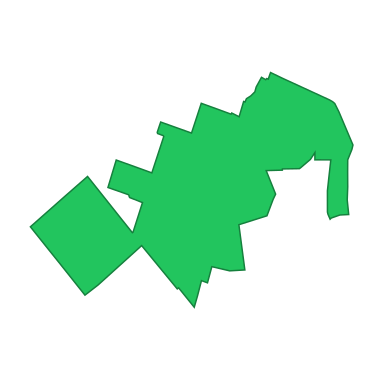 the district of Traian, Teleorman, Romania, rotated 267°
{"feature_id": "2599482B68031069657240", "entity_name": "Traian", "entity_type": "district", "adm_level": 2, "iso_a3": "ROU", "parent_name": "Romania", "parent_adm1": "Teleorman", "projection": "equal_earth", "projection_center": [24.993, 43.785], "detail": "fine", "context": "isolated", "style": "filled", "palette": "green", "viewbox_px": 384, "rotation_deg": 267, "n_neighbors": 0, "source": "geoboundaries", "source_scale": "gbopen_adm2", "svg_char_len": 1308}
<svg xmlns="http://www.w3.org/2000/svg" viewBox="0 0 384 384"><g transform="rotate(267 192 192)"><path d="M161.3,347.3L176.0,346.6L189.1,347.8L191.7,347.9L204.3,348.5L216.0,349.2L226.1,353.9L230.5,355.2L264.4,342.9L272.9,339.2L274.8,337.2L276.8,334.1L300.7,288.6L307.2,276.7L300.7,274.0L301.4,272.6L300.3,271.5L302.9,267.4L293.5,261.6L288.7,260.0L284.8,255.6L282.4,251.3L279.1,249.6L279.7,248.3L264.7,243.0L268.8,235.8L267.7,235.1L280.1,205.9L250.9,194.6L253.1,189.3L257.2,179.5L263.5,164.4L260.8,163.3L253.4,160.4L252.2,160.7L249.8,166.2L248.9,166.7L213.2,152.9L217.4,143.0L227.9,118.0L200.9,108.3L193.0,127.5L192.6,128.4L191.9,128.9L190.7,129.0L189.7,129.5L184.0,142.0L154.9,131.0L154.5,130.3L167.6,120.9L189.2,105.5L213.0,88.5L207.8,81.9L194.4,64.9L165.7,28.8L152.3,38.4L141.7,46.0L128.8,55.3L118.3,62.8L94.6,79.7L104.1,93.4L141.1,138.9L96.0,172.2L97.0,173.6L76.8,188.2L88.1,192.1L103.0,196.8L100.5,202.7L116.4,207.9L111.3,225.5L111.4,240.7L156.9,237.1L164.3,265.6L180.3,272.6L185.5,275.4L190.8,273.6L209.5,267.2L209.3,275.3L209.1,283.4L210.3,283.5L209.7,300.5L210.5,301.7L215.8,308.6L218.3,311.9L224.9,316.8L217.7,316.4L216.8,332.3L198.6,329.3L191.1,328.1L186.2,327.3L164.9,326.2L162.7,326.6L157.6,328.5L158.7,329.7L161.3,338.5L161.3,347.3Z" fill="#22c55e" stroke="#15803d" stroke-width="1.5"/></g></svg>